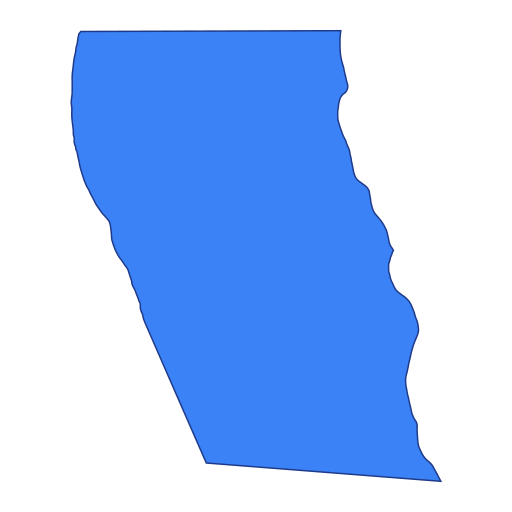 outline of Chilecito, La Rioja, Argentina
{"feature_id": "61730980B21035116848731", "entity_name": "Chilecito", "entity_type": "district", "adm_level": 2, "iso_a3": "ARG", "parent_name": "Argentina", "parent_adm1": "La Rioja", "projection": "equal_earth", "projection_center": [-67.377, -29.416], "detail": "fine", "context": "isolated", "style": "filled", "palette": "blue", "viewbox_px": 512, "rotation_deg": 0, "n_neighbors": 0, "source": "geoboundaries", "source_scale": "gbopen_adm2", "svg_char_len": 4155}
<svg xmlns="http://www.w3.org/2000/svg" viewBox="0 0 512 512"><path d="M440.8,481.3L439.6,478.9L438.5,476.9L437.5,474.8L436.4,472.8L435.3,470.9L434.2,468.8L433.1,466.8L431.9,464.9L430.5,463.2L428.9,461.8L427.2,460.4L425.6,458.8L424.2,457.1L422.9,455.3L421.8,453.3L420.8,451.2L419.8,449.1L418.9,447.0L418.3,444.7L417.9,442.4L417.7,440.0L417.5,437.6L417.4,435.2L417.1,432.9L417.1,430.5L417.1,428.1L417.2,425.7L416.8,423.4L415.9,421.3L414.6,419.4L413.5,417.4L412.6,415.3L411.8,413.1L411.3,410.8L410.8,408.4L410.3,406.1L409.7,403.9L409.2,401.5L408.7,399.2L408.2,396.9L407.6,394.7L407.1,392.3L406.8,390.0L406.3,387.7L405.9,385.3L405.7,383.0L405.6,380.6L405.7,378.2L406.0,375.8L406.7,373.6L407.2,371.3L407.7,369.0L408.2,366.6L408.6,364.3L409.1,362.0L409.7,359.7L410.2,357.4L410.7,355.1L411.2,352.8L411.8,350.5L412.5,348.2L413.1,346.0L413.9,343.8L414.7,341.6L415.6,339.5L416.5,337.3L417.4,335.1L418.1,332.9L418.5,330.6L418.4,328.2L418.1,325.9L417.7,323.5L417.1,321.2L416.3,319.1L415.4,316.9L414.8,314.6L414.2,312.4L413.3,310.2L412.5,308.0L411.6,305.9L410.6,303.8L409.4,301.8L408.0,300.1L406.5,298.5L404.9,297.1L403.1,295.8L401.4,294.6L399.7,293.3L398.0,292.0L396.4,290.4L395.1,288.6L394.0,286.6L393.1,284.5L392.1,282.4L391.1,280.3L390.4,278.1L389.9,275.8L389.3,273.5L388.7,271.2L388.6,268.8L388.6,266.4L388.6,264.0L389.4,261.8L390.0,259.6L390.5,257.3L391.5,255.2L392.2,252.9L393.4,250.3L391.9,247.9L390.6,246.0L389.7,243.9L389.0,241.6L388.6,239.3L388.1,237.0L387.6,234.7L387.0,232.4L386.4,230.1L385.3,228.1L384.3,226.0L383.2,224.0L381.9,222.1L380.6,220.3L379.2,218.6L377.8,216.9L376.3,215.2L374.9,213.5L373.7,211.5L372.8,209.4L372.1,207.2L371.5,204.9L370.9,202.6L370.6,200.2L370.3,197.8L369.9,195.5L369.5,193.2L369.1,190.9L368.0,188.8L366.7,187.1L365.0,185.6L363.3,184.4L361.6,183.1L359.8,181.8L358.1,180.5L356.6,179.0L355.4,177.0L354.5,174.9L353.8,172.6L353.3,170.3L352.9,168.0L352.4,165.7L351.9,163.3L351.4,161.0L351.1,158.6L350.6,156.3L350.0,154.1L349.7,151.7L349.1,149.4L348.2,147.2L347.2,145.2L346.4,143.0L345.7,140.7L344.7,138.7L343.6,136.6L342.7,134.5L341.9,132.3L341.1,130.1L340.3,127.9L339.6,125.6L338.9,123.4L338.3,121.1L337.8,118.8L337.7,116.4L337.7,114.0L337.7,111.6L338.0,109.3L338.3,106.9L338.6,104.5L339.0,102.2L339.6,99.9L340.4,97.7L341.6,95.8L343.1,94.2L344.9,92.9L346.3,91.3L347.3,89.2L347.8,86.8L347.6,84.5L346.9,82.2L346.3,79.9L345.8,77.6L345.3,75.3L344.7,73.0L344.2,70.7L343.8,68.4L343.2,66.1L342.5,63.8L341.9,61.5L341.3,59.3L340.9,56.9L340.5,54.6L340.3,52.2L340.1,49.8L340.0,47.4L340.0,45.0L340.0,42.6L340.0,40.2L340.0,37.8L340.2,35.5L340.5,33.1L340.8,30.7L80.8,31.5L78.9,33.8L78.4,36.1L77.9,38.4L77.6,40.8L77.3,43.1L76.7,45.4L76.1,47.7L75.8,50.1L75.5,52.4L75.0,54.8L74.4,57.1L74.0,59.4L73.7,61.8L73.4,64.1L73.2,66.5L72.9,68.9L72.6,71.2L72.3,73.6L72.2,76.0L72.1,78.4L72.2,80.8L72.2,83.2L72.2,85.6L72.2,87.9L72.2,90.3L72.2,92.7L72.0,95.1L71.7,97.5L71.4,99.8L71.2,102.2L71.4,104.6L71.7,107.0L71.9,109.3L71.8,111.7L71.8,114.1L71.8,116.5L72.0,118.9L72.2,121.3L72.5,123.6L72.8,126.0L73.1,128.4L73.3,130.7L73.3,133.1L73.5,135.5L74.2,137.7L74.2,140.1L74.2,142.5L74.8,144.8L75.7,147.0L75.9,149.4L76.9,151.4L77.4,153.7L77.8,156.1L78.3,158.4L78.9,160.7L79.3,163.0L79.7,165.3L80.3,167.6L80.9,169.9L81.6,172.2L82.3,174.4L83.0,176.7L83.7,178.9L84.5,181.1L85.4,183.2L86.3,185.4L87.3,187.4L88.5,189.3L89.5,191.5L90.4,193.6L91.5,195.6L92.6,197.6L93.7,199.7L94.7,201.7L95.7,203.8L96.9,205.7L98.2,207.6L99.5,209.5L100.8,211.3L102.1,213.1L103.6,214.8L105.1,216.4L106.6,218.1L108.0,219.8L109.3,221.6L110.0,223.9L110.5,226.2L110.8,228.5L111.1,230.9L111.3,233.3L111.5,235.7L111.6,238.0L112.0,240.4L112.7,242.6L113.4,244.9L114.2,247.1L115.0,249.3L116.0,251.4L117.0,253.4L118.1,255.4L119.3,257.4L120.7,259.1L122.0,260.9L123.3,262.8L124.5,264.7L125.9,266.5L127.2,268.3L128.2,270.4L128.9,272.6L129.6,274.9L130.3,277.1L131.1,279.3L131.7,281.6L132.0,284.0L132.8,286.1L133.9,288.1L135.0,290.2L135.8,292.4L136.6,294.5L137.5,296.7L138.3,298.9L139.0,301.1L140.1,303.2L140.3,305.5L140.3,307.9L140.8,310.2L141.6,312.4L142.6,314.5L143.0,316.8L143.6,319.1L144.4,321.2L145.3,323.4L174.5,390.3L206.3,463.0L440.8,481.3Z" fill="#3b82f6" stroke="#1e3a8a" stroke-width="1.5"/></svg>